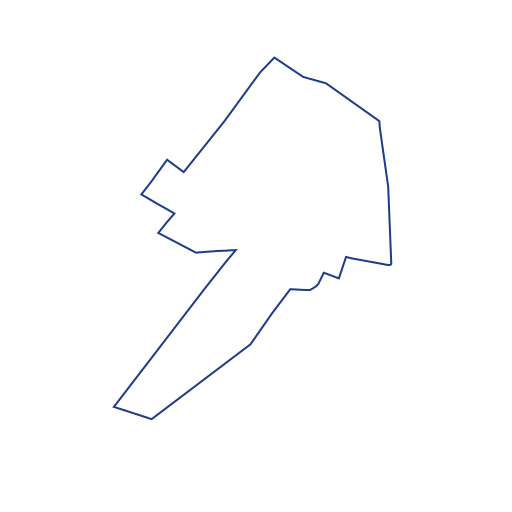 the district of Gwanda Urban, Matabeleland South, Zimbabwe, rotated 291°
{"feature_id": "62879985B63510140227201", "entity_name": "Gwanda Urban", "entity_type": "district", "adm_level": 2, "iso_a3": "ZWE", "parent_name": "Zimbabwe", "parent_adm1": "Matabeleland South", "projection": "natural_earth1", "projection_center": [28.998, -20.935], "detail": "fine", "context": "isolated", "style": "outline", "palette": "blue", "viewbox_px": 512, "rotation_deg": 291, "n_neighbors": 0, "source": "geoboundaries", "source_scale": "gbopen_adm2", "svg_char_len": 884}
<svg xmlns="http://www.w3.org/2000/svg" viewBox="0 0 512 512"><g transform="rotate(291 256 256)"><path d="M269.4,145.0L267.6,157.4L267.1,160.3L266.4,164.6L255.0,160.5L242.5,156.5L237.6,198.8L241.7,207.2L243.6,211.3L245.0,214.4L246.7,217.6L247.6,220.0L248.3,221.6L249.1,223.3L249.7,225.0L250.7,227.2L251.8,229.3L254.2,235.0L241.7,230.6L225.0,225.4L207.4,219.9L64.2,177.4L66.3,217.0L171.6,282.5L208.5,291.6L237.3,299.9L238.0,302.1L240.5,309.8L240.7,310.5L243.0,317.3L244.1,319.1L246.7,321.1L249.4,323.0L252.3,324.2L264.7,325.3L264.8,341.4L287.4,340.4L288.0,345.7L294.9,382.5L295.7,384.4L296.2,384.8L297.2,385.1L368.0,354.6L419.8,325.8L426.1,322.8L442.3,259.5L442.3,259.4L440.1,235.9L447.8,202.0L434.2,196.3L429.1,194.1L414.5,190.1L370.5,178.2L308.6,158.5L308.4,158.4L314.0,138.5L293.3,133.0L289.3,132.0L272.4,126.9L269.4,145.0Z" fill="none" stroke="#1e3a8a" stroke-width="2"/></g></svg>